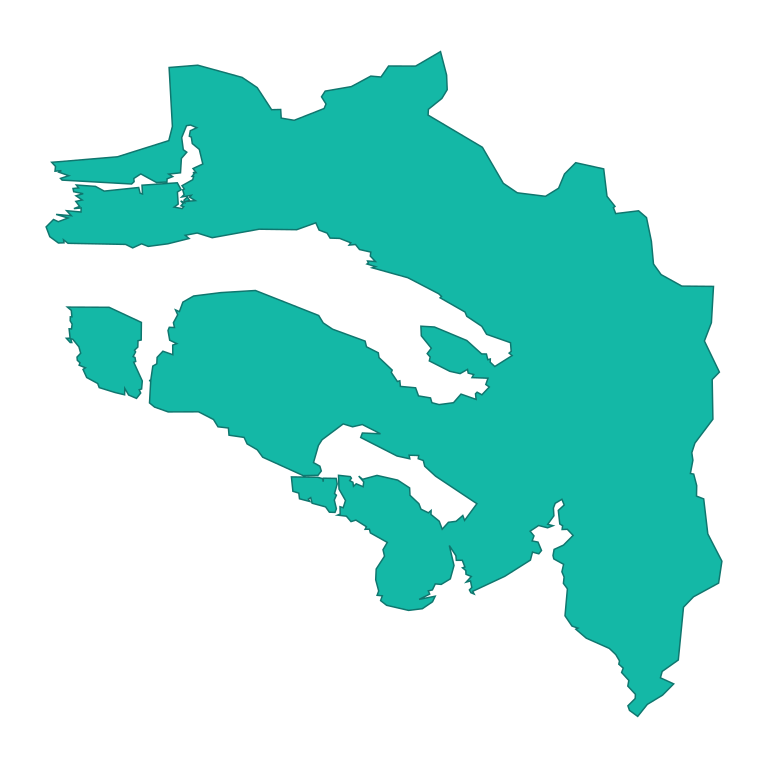 outline of Hyllestad nor, Sogn og Fjordane, Norway
{"feature_id": "86288312B29957343323174", "entity_name": "Hyllestad nor", "entity_type": "district", "adm_level": 2, "iso_a3": "NOR", "parent_name": "Norway", "parent_adm1": "Sogn og Fjordane", "projection": "albers", "projection_center": [5.193, 61.176], "detail": "fine", "context": "isolated", "style": "filled", "palette": "teal", "viewbox_px": 768, "rotation_deg": 0, "n_neighbors": 0, "source": "geoboundaries", "source_scale": "gbopen_adm2", "svg_char_len": 6048}
<svg xmlns="http://www.w3.org/2000/svg" viewBox="0 0 768 768"><path d="M51.7,162.3L55.5,166.4L55.0,171.2L61.4,170.6L58.9,172.2L68.8,175.7L60.5,178.4L62.1,180.1L131.6,184.0L134.1,181.7L133.8,178.5L140.8,173.9L156.5,182.5L166.9,182.0L167.1,178.8L172.7,176.6L168.8,174.1L180.5,172.8L181.4,158.4L186.8,152.2L183.3,149.7L181.7,137.6L186.5,125.7L190.5,125.0L196.8,127.7L190.3,130.7L189.3,136.2L191.3,137.1L192.3,143.6L199.3,149.4L202.8,164.0L193.0,168.5L196.1,172.6L192.9,172.5L194.5,173.3L192.0,176.4L193.6,176.5L192.7,179.7L182.0,185.7L184.3,189.0L182.7,189.8L184.1,194.6L181.7,197.0L191.3,195.3L189.7,197.2L195.2,200.6L185.0,201.6L189.6,200.4L187.3,197.1L184.0,200.2L184.7,202.7L180.7,200.9L183.1,203.4L181.0,205.8L183.7,206.7L182.1,208.6L174.1,207.1L178.2,204.1L177.4,192.0L181.1,189.7L177.3,182.8L142.0,185.2L142.5,194.0L140.1,193.2L138.7,187.5L104.2,191.1L95.5,186.4L76.3,185.0L78.6,187.9L73.0,188.5L73.7,191.7L83.2,193.7L76.0,195.8L82.2,200.0L75.8,201.4L79.6,206.4L73.9,208.6L81.2,208.0L81.0,212.0L66.6,210.7L71.3,215.7L56.1,214.4L68.0,218.0L58.3,221.7L53.5,219.5L46.1,226.9L49.8,236.7L58.4,243.0L64.0,242.8L63.5,239.8L68.0,243.3L125.6,244.4L132.7,247.9L141.6,243.8L148.2,246.4L167.9,243.8L189.1,238.5L185.2,235.3L197.2,233.0L212.2,237.7L259.1,229.2L296.7,229.7L315.8,222.8L319.1,230.1L327.1,233.1L330.1,238.1L339.7,238.4L350.8,242.8L349.1,245.1L355.5,244.5L359.5,249.5L370.8,252.1L370.3,256.1L375.4,261.5L367.5,261.0L368.4,263.0L367.0,264.0L375.6,266.7L372.2,267.8L407.8,277.7L438.6,293.7L441.5,296.4L440.1,297.8L465.0,312.0L466.8,316.3L481.8,326.3L486.6,334.3L510.5,342.7L511.2,351.4L509.1,353.1L512.1,355.6L494.8,366.5L490.2,362.2L490.3,359.0L487.8,359.7L486.4,354.0L481.6,353.9L466.8,340.5L434.5,327.0L420.9,326.2L421.3,335.8L431.3,348.2L427.2,353.6L430.2,357.0L429.3,360.9L449.8,371.3L460.1,373.6L467.5,369.4L468.2,373.1L473.7,374.5L472.0,377.6L488.0,378.2L485.8,384.5L489.3,387.0L481.9,394.8L477.1,392.2L475.5,393.8L476.1,399.4L461.0,394.1L453.5,402.7L439.1,404.6L431.9,402.7L430.5,397.9L418.5,395.9L415.6,387.8L400.4,386.4L399.8,380.8L397.4,381.5L391.3,372.5L392.2,370.1L379.0,357.6L378.3,352.8L366.5,346.8L365.1,341.1L332.6,329.2L323.2,322.9L318.7,315.5L255.4,290.5L220.9,292.6L193.6,296.0L182.9,302.1L179.4,311.6L175.5,309.9L177.7,314.8L173.4,322.7L174.5,327.5L169.3,327.3L168.0,330.5L169.7,340.2L176.8,343.6L172.7,345.1L172.8,354.7L162.9,351.2L157.1,357.4L156.8,363.8L152.8,366.1L150.7,380.5L149.1,380.4L150.7,381.3L149.5,402.9L154.6,407.1L168.1,411.9L198.5,411.8L213.5,419.5L218.0,426.8L228.4,428.0L229.0,435.2L244.1,437.4L247.1,443.9L257.3,449.8L262.7,457.2L303.2,475.6L318.0,475.3L321.3,471.0L319.9,466.2L313.5,462.6L318.4,445.5L322.1,439.7L343.2,423.9L352.6,426.8L362.3,424.5L380.5,433.8L362.4,433.0L360.7,437.5L397.0,456.0L409.8,458.8L409.1,455.2L418.7,455.5L418.2,458.7L423.3,460.5L424.7,466.2L435.6,476.2L476.9,503.7L464.6,520.4L462.8,515.5L456.1,521.3L448.4,522.3L442.2,529.2L439.2,521.2L431.0,514.5L431.1,510.5L428.4,512.8L421.0,509.2L418.9,503.7L410.0,495.3L409.6,487.9L397.7,480.1L377.0,475.4L362.6,479.3L358.7,476.1L363.7,481.9L363.1,486.7L356.2,483.8L353.5,486.3L352.9,482.3L349.7,480.6L351.4,478.2L350.3,476.6L338.5,475.3L339.0,489.1L345.5,500.5L343.2,507.7L340.0,506.7L340.2,514.0L337.6,515.1L346.4,516.2L351.0,521.6L355.9,520.1L366.4,526.7L365.1,529.3L369.4,529.2L370.4,532.9L387.3,542.4L383.0,549.7L384.5,556.2L376.2,569.0L375.7,579.8L378.7,591.0L377.1,595.3L382.3,595.8L380.6,600.6L386.6,605.3L408.6,610.4L422.4,608.7L432.5,601.8L435.2,596.2L419.1,599.4L429.7,594.1L428.3,590.9L432.4,589.9L435.3,583.9L441.2,584.4L450.3,578.9L454.0,565.5L449.3,545.5L455.9,555.7L456.3,560.3L462.3,560.3L464.9,567.0L462.5,567.8L465.8,570.5L466.0,574.3L471.3,576.5L466.2,582.1L470.5,581.0L471.8,587.5L469.4,589.9L470.9,592.7L474.1,594.0L472.7,591.3L504.8,576.3L530.4,560.1L532.5,552.1L538.8,553.8L541.5,550.5L538.0,542.1L532.1,540.9L534.0,535.9L530.1,531.2L538.6,525.5L547.6,527.8L553.0,525.7L547.7,524.3L553.9,515.8L553.4,508.0L555.2,503.3L561.9,499.3L564.2,505.0L558.3,510.4L559.8,524.0L562.6,525.7L562.1,529.5L567.3,529.3L573.1,535.4L563.5,545.1L554.1,549.4L553.0,555.5L553.8,558.9L563.6,564.3L561.9,571.8L564.1,577.0L563.4,583.4L567.4,588.8L565.0,615.8L572.0,626.1L577.9,628.1L575.8,629.2L586.3,638.2L609.3,648.4L615.8,654.6L619.5,660.9L618.8,664.2L623.2,668.1L621.6,672.5L628.8,680.4L627.8,686.1L635.4,694.3L635.2,698.5L627.9,705.8L629.5,710.4L637.7,716.4L647.3,704.4L662.6,695.1L673.7,683.9L660.4,677.8L662.2,671.4L678.3,660.0L683.5,607.2L693.5,596.8L718.6,583.1L721.9,561.2L707.8,533.9L703.7,498.9L696.5,496.1L696.7,485.6L693.7,474.1L690.4,473.5L692.9,460.2L691.8,452.7L694.9,443.1L712.9,419.2L712.2,379.5L719.4,372.1L704.4,341.0L711.4,322.7L713.5,286.4L681.8,286.1L661.1,274.6L653.5,264.0L651.4,241.3L646.5,217.6L638.6,210.8L615.7,213.6L613.4,207.6L615.0,206.4L607.0,196.3L603.7,168.9L575.7,162.7L564.5,174.0L558.6,188.2L545.5,196.3L517.3,192.8L503.3,183.3L482.4,147.3L428.1,115.1L428.4,109.3L441.9,98.4L447.2,89.7L446.6,75.1L440.5,51.6L415.6,66.1L388.6,66.0L381.0,77.0L370.8,76.1L351.3,86.6L325.2,91.1L321.5,96.8L326.0,104.0L324.1,108.5L294.2,120.3L281.2,118.1L280.7,109.5L271.6,109.7L257.2,87.6L242.1,77.4L197.8,65.2L169.1,67.5L172.4,126.4L168.8,140.6L117.4,156.8L51.7,162.3ZM109.1,307.3L67.4,307.1L71.3,310.4L71.9,316.8L70.3,316.8L70.2,320.8L72.1,324.1L71.5,328.9L69.1,328.8L70.1,338.2L66.4,338.3L70.2,342.5L71.8,342.5L70.6,338.7L72.8,339.3L78.9,346.8L80.7,353.2L77.0,357.1L77.3,360.3L80.0,362.8L79.1,365.2L85.4,367.8L83.0,369.4L86.7,377.5L97.7,383.5L99.2,387.6L115.0,392.5L124.6,394.8L124.8,388.4L128.6,395.0L136.5,398.4L140.7,393.0L139.2,389.7L141.6,389.0L142.3,381.0L133.7,362.2L135.7,361.5L135.0,357.5L133.1,356.6L135.6,351.9L134.5,350.2L137.8,347.1L138.0,340.7L141.2,340.0L141.4,322.4L109.1,307.3ZM317.8,477.3L291.4,476.9L292.9,491.3L298.8,493.1L299.5,498.8L309.8,501.5L308.3,499.1L310.7,497.6L312.1,503.2L325.6,506.9L329.4,512.2L335.0,512.4L336.4,508.8L334.3,500.0L336.4,495.2L334.5,493.5L337.2,484.0L336.2,478.4L323.4,478.2L323.2,481.7L322.7,478.7L317.8,477.3Z" fill="#14b8a6" stroke="#0f766e" stroke-width="1.5"/></svg>